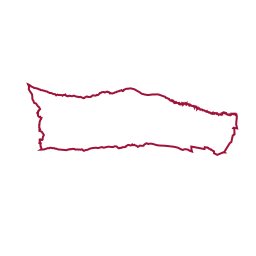 Cartisoara, Sibiu, Romania (Albers equal-area conic projection), rotated 102°
{"feature_id": "2599482B67605816881014", "entity_name": "Cartisoara", "entity_type": "district", "adm_level": 2, "iso_a3": "ROU", "parent_name": "Romania", "parent_adm1": "Sibiu", "projection": "albers", "projection_center": [24.579, 45.672], "detail": "fine", "context": "isolated", "style": "outline", "palette": "rose", "viewbox_px": 256, "rotation_deg": 102, "n_neighbors": 0, "source": "geoboundaries", "source_scale": "gbopen_adm2", "svg_char_len": 5633}
<svg xmlns="http://www.w3.org/2000/svg" viewBox="0 0 256 256"><g transform="rotate(102 128 128)"><path d="M167.3,208.8L166.4,205.6L164.3,202.1L164.3,201.0L163.4,199.9L163.4,197.2L163.0,196.1L163.4,194.9L163.1,193.9L163.5,192.3L162.5,183.8L162.3,183.1L161.6,182.4L161.5,181.9L161.1,181.2L161.1,180.4L160.6,180.1L160.5,179.0L159.9,177.9L160.0,177.2L159.6,176.4L160.1,175.1L159.7,174.3L159.7,173.6L159.4,172.8L159.5,172.0L159.2,171.4L159.1,169.8L158.6,169.2L158.5,168.8L158.6,168.0L159.0,167.8L159.5,166.4L158.4,164.9L157.7,163.0L156.3,161.3L154.9,158.3L153.9,155.0L153.9,153.3L152.1,149.5L152.3,147.6L150.3,143.3L150.0,139.8L149.6,138.4L148.8,137.5L148.4,135.6L148.5,135.1L149.4,133.8L149.7,133.0L149.7,132.5L149.1,131.8L149.0,130.7L148.4,130.2L148.3,129.6L147.8,129.1L147.7,128.1L146.9,126.3L146.0,126.1L145.4,125.2L144.6,124.4L144.6,124.0L144.4,123.5L144.6,122.1L144.4,121.4L143.2,120.5L143.8,119.5L143.1,118.4L143.4,117.9L143.7,115.8L144.4,114.4L142.7,112.6L142.5,110.4L142.1,109.2L140.8,108.6L139.1,106.7L139.2,105.6L139.5,104.9L138.8,103.5L138.4,101.3L138.8,95.6L138.4,92.3L137.7,88.4L136.8,79.3L136.9,75.0L137.5,72.9L137.5,72.5L137.9,71.9L137.8,70.9L138.1,70.1L137.8,69.3L137.1,68.6L136.7,66.8L136.8,64.4L137.4,63.1L137.7,60.5L136.1,61.4L133.0,62.2L132.7,48.8L130.8,48.9L130.8,47.2L130.5,46.7L130.9,45.9L130.8,45.3L131.4,44.6L131.4,43.7L131.9,42.8L131.8,42.2L132.1,42.1L132.3,41.0L132.7,40.4L132.6,39.8L133.0,39.0L134.8,38.6L135.7,35.1L132.2,30.0L131.8,28.3L131.4,29.0L131.1,28.7L121.6,25.3L120.2,24.0L113.6,24.0L113.1,23.2L112.3,23.2L111.9,22.5L106.3,24.0L106.3,25.0L105.8,24.8L105.7,21.2L101.9,23.0L94.3,23.9L92.5,24.6L92.8,25.2L92.2,25.3L92.0,25.8L92.5,26.4L92.4,26.6L91.7,26.2L91.7,26.5L92.0,27.2L92.5,27.6L92.2,28.1L92.5,28.3L92.4,28.9L92.8,29.2L92.6,29.8L93.4,29.8L93.9,30.1L94.0,30.6L93.8,30.9L94.2,31.0L94.0,31.3L94.0,31.6L93.7,32.1L94.0,32.8L94.3,32.8L94.3,33.5L93.8,34.2L93.9,34.5L93.5,34.6L93.1,35.1L93.1,35.6L92.9,35.6L92.9,36.0L93.5,36.3L93.3,36.9L93.5,37.1L93.4,37.4L92.8,37.7L93.1,38.1L93.3,37.9L93.4,38.3L94.7,38.7L94.6,39.0L94.9,38.9L94.8,39.3L95.3,39.2L95.4,39.7L95.7,39.7L95.7,40.1L95.4,40.2L95.4,40.6L95.6,41.5L96.1,41.9L95.7,42.1L95.9,43.4L95.3,43.7L95.6,44.1L95.2,44.4L95.5,44.7L95.3,45.8L95.6,46.0L95.4,46.1L95.4,46.4L95.8,46.3L96.2,47.0L95.8,47.7L95.9,48.0L96.3,47.8L96.1,48.0L96.6,48.2L96.6,48.4L96.5,48.9L96.2,48.9L96.6,49.2L96.5,49.9L96.0,50.2L96.0,50.8L95.9,50.9L96.2,51.6L95.7,51.8L95.7,53.0L95.5,53.6L95.8,54.0L95.6,54.2L95.6,54.5L95.1,54.6L95.6,55.5L94.9,57.2L95.2,58.4L94.9,58.5L94.8,59.3L94.7,59.1L94.5,59.5L94.7,60.6L95.1,61.1L94.0,62.3L94.2,62.6L94.7,62.8L94.4,62.8L94.5,63.2L94.4,63.4L94.7,63.7L94.3,63.9L94.6,64.1L93.9,64.1L94.2,64.7L92.9,65.5L93.1,66.5L93.8,66.8L93.4,66.9L93.6,67.1L93.4,67.2L93.6,67.5L93.0,67.7L92.9,67.9L93.0,68.1L92.7,68.4L93.0,69.4L93.2,69.7L93.0,70.6L92.7,71.0L92.9,71.3L92.9,71.7L92.6,72.0L92.9,72.0L92.8,72.4L93.1,72.6L92.9,72.7L92.7,73.6L92.4,74.1L92.1,74.3L92.3,74.7L92.2,75.3L92.4,75.4L92.2,75.5L92.2,75.8L91.7,75.9L92.3,76.3L92.0,76.4L91.8,77.1L92.4,77.1L92.2,77.2L92.6,77.8L92.4,77.9L92.5,78.1L93.0,78.4L92.6,78.9L93.3,79.0L92.6,80.1L93.1,80.1L92.8,80.3L92.8,80.5L93.2,80.7L93.3,80.6L93.3,80.9L93.5,80.7L94.0,81.3L93.8,81.9L94.1,82.4L93.4,82.9L93.6,83.3L93.1,83.4L93.3,83.7L93.1,84.0L93.3,85.6L93.1,85.8L93.3,86.0L93.1,86.2L93.5,86.3L93.6,86.5L93.2,86.9L93.6,87.4L93.1,87.7L93.1,88.1L92.7,88.2L92.8,88.5L92.5,88.9L92.9,88.9L92.7,89.1L92.8,89.4L92.5,89.7L92.5,90.1L92.0,90.2L92.2,90.6L91.8,90.9L92.2,91.2L91.9,91.4L92.3,92.2L92.2,92.6L91.5,93.7L91.0,93.9L90.9,95.2L90.4,96.7L90.6,97.4L89.7,98.3L89.6,99.9L89.0,104.1L88.9,105.7L89.3,107.6L89.9,109.7L89.9,110.4L91.6,115.2L91.8,118.1L91.6,121.9L90.6,124.1L88.9,129.5L88.7,130.7L88.7,133.5L89.0,134.8L89.6,136.0L89.7,136.9L89.9,137.6L91.5,140.0L92.5,140.2L92.9,140.6L93.0,141.1L92.3,142.1L93.2,143.4L93.3,144.0L93.8,144.3L94.6,146.2L95.4,146.8L95.7,147.9L96.5,148.8L97.5,150.5L97.6,151.9L97.4,152.3L97.9,152.9L96.8,154.2L97.1,155.0L96.7,156.0L98.1,158.1L97.8,159.0L98.3,160.8L98.8,161.6L99.5,162.0L99.7,162.8L101.4,163.7L102.2,164.7L102.1,165.4L102.7,165.9L103.2,166.8L103.2,168.0L103.5,169.4L105.4,170.9L105.4,171.5L106.0,173.5L105.7,174.2L105.8,175.0L106.8,176.1L107.2,176.8L107.8,177.0L108.1,177.7L107.4,181.1L108.1,182.7L107.8,183.8L108.1,184.8L107.6,187.7L108.6,189.4L108.6,192.1L109.2,192.7L109.1,193.3L109.5,193.8L109.3,195.3L108.3,196.2L108.9,196.9L109.1,198.1L110.0,198.7L109.6,200.0L110.0,201.7L109.9,202.2L110.2,202.9L110.0,204.0L111.0,205.1L110.1,206.3L110.3,208.1L109.7,210.5L110.1,212.0L109.8,212.5L109.6,213.8L109.2,214.5L109.2,216.3L108.9,217.4L109.1,218.6L108.8,219.6L109.1,221.1L108.9,221.8L108.6,222.2L108.7,223.3L108.2,224.2L108.4,225.0L108.2,226.0L108.3,228.3L107.8,229.6L107.5,231.2L106.4,233.4L106.1,234.8L107.8,233.6L108.5,233.5L108.9,233.2L110.5,233.2L111.4,232.6L115.0,228.9L117.2,228.1L119.1,227.7L120.2,227.1L121.0,226.2L121.9,225.8L123.1,224.8L123.0,223.7L123.3,222.9L125.5,220.6L126.1,219.3L127.9,217.9L129.0,218.8L129.7,218.8L129.8,219.2L130.8,219.5L132.0,219.1L132.3,219.8L133.6,218.8L134.3,218.7L135.1,218.2L135.5,217.3L135.8,217.0L135.4,216.3L135.8,216.2L136.0,215.6L136.4,215.3L136.2,214.8L137.1,214.8L138.4,215.4L140.7,215.7L142.7,215.3L143.3,215.6L145.0,215.0L145.8,215.1L146.8,214.2L147.6,214.4L147.8,214.0L148.1,214.3L149.3,214.0L149.5,211.9L149.9,211.2L152.4,208.8L154.1,209.3L156.1,209.4L156.6,209.1L157.6,209.4L157.7,210.6L157.3,211.5L157.6,212.0L158.6,211.9L159.9,211.1L160.4,211.5L161.2,211.6L161.4,211.0L160.9,210.3L161.0,210.1L162.8,210.2L163.6,209.7L164.5,209.6L164.9,209.0L165.7,208.6L166.9,208.4L167.3,208.8Z" fill="none" stroke="#9f1239" stroke-width="2"/></g></svg>